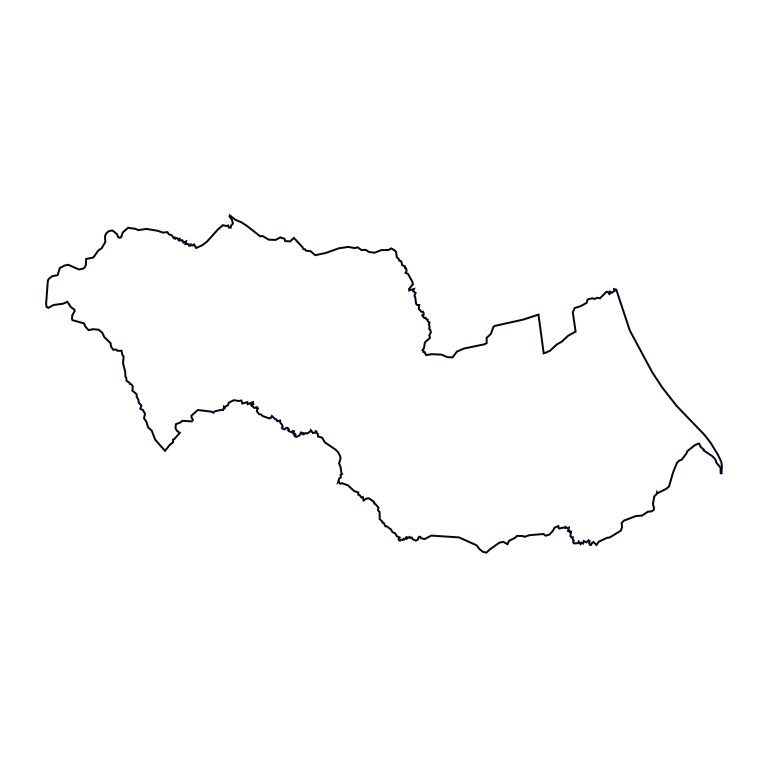 the district of Chaiya, Surat Thani, Thailand
{"feature_id": "78962969B84478768396054", "entity_name": "Chaiya", "entity_type": "district", "adm_level": 2, "iso_a3": "THA", "parent_name": "Thailand", "parent_adm1": "Surat Thani", "projection": "robinson", "projection_center": [99.041, 9.444], "detail": "fine", "context": "isolated", "style": "outline", "palette": "ink", "viewbox_px": 768, "rotation_deg": 0, "n_neighbors": 0, "source": "geoboundaries", "source_scale": "gbopen_adm2", "svg_char_len": 6095}
<svg xmlns="http://www.w3.org/2000/svg" viewBox="0 0 768 768"><path d="M616.3,289.7L614.1,289.1L614.5,290.9L611.9,292.6L610.2,291.8L610.3,293.4L609.4,294.1L607.8,291.8L606.3,291.9L600.0,298.3L597.2,297.8L594.4,299.0L592.3,298.2L587.6,299.5L586.6,302.9L580.6,306.2L574.7,308.0L572.8,312.3L575.6,331.6L568.2,335.7L561.7,341.7L556.6,344.6L550.1,350.7L545.9,352.6L543.7,353.3L538.5,314.6L523.2,319.6L494.8,325.9L493.4,326.9L490.9,333.9L486.7,337.8L486.6,343.2L484.4,344.3L464.1,348.5L456.9,351.6L452.5,357.4L447.2,357.1L441.4,354.6L431.5,354.2L426.1,355.1L424.7,352.2L423.5,352.1L423.6,351.1L422.5,350.4L424.1,347.7L424.7,343.3L425.7,341.6L430.0,337.9L429.3,335.3L430.9,332.3L430.2,329.8L429.2,329.0L429.6,327.1L428.9,324.3L429.6,322.7L427.9,321.3L427.7,319.5L426.4,319.4L425.6,317.8L424.3,318.0L422.4,315.8L422.4,315.1L423.6,314.9L423.6,312.9L422.9,311.7L421.6,311.9L418.8,309.0L419.2,305.0L417.2,305.0L416.1,303.8L415.2,297.1L414.4,295.7L415.6,293.0L413.2,291.2L414.0,289.0L409.2,290.4L409.1,288.9L412.9,284.2L412.3,281.7L408.0,273.9L405.6,272.9L406.6,270.7L406.1,268.4L405.0,268.0L405.1,266.4L402.3,265.3L401.2,261.3L399.2,260.6L399.1,259.5L396.8,257.2L396.1,251.9L394.2,250.0L391.1,248.4L388.6,250.0L381.4,250.1L374.6,252.7L368.9,252.0L365.8,249.9L361.4,250.0L357.6,247.3L354.7,248.1L348.2,246.9L338.9,248.3L325.6,253.0L315.2,255.2L310.4,251.1L306.0,250.7L304.9,249.2L303.4,249.1L302.5,247.2L293.9,237.9L290.2,241.4L285.1,241.1L284.6,238.8L280.3,237.4L275.7,239.9L268.8,239.7L262.6,236.0L260.3,236.4L246.8,225.8L241.0,222.1L235.4,219.8L229.8,215.4L229.5,216.4L231.9,219.6L232.9,223.5L231.0,225.7L230.7,227.6L228.9,227.6L228.1,225.5L226.5,226.0L222.8,225.2L218.0,229.4L207.0,241.6L202.5,245.1L196.2,248.0L194.1,244.5L192.5,245.5L191.0,244.4L190.4,245.7L189.1,245.8L188.8,244.5L187.7,243.9L185.4,244.1L186.1,241.4L183.4,242.6L182.4,240.3L179.5,240.5L179.6,239.0L178.3,239.7L177.9,238.6L176.4,238.0L175.3,238.7L174.7,237.5L173.7,238.1L171.9,235.4L168.9,234.3L167.4,232.1L163.1,232.6L157.3,230.7L146.4,228.9L138.5,230.1L135.2,228.8L128.0,227.8L122.8,232.4L121.1,237.3L119.6,237.7L118.1,237.1L117.1,234.3L113.6,231.3L112.1,230.5L108.7,231.2L106.1,233.5L105.0,236.3L105.3,242.1L101.7,248.2L98.3,250.5L93.4,257.5L86.1,259.0L85.9,264.8L84.7,267.5L82.9,268.7L79.0,269.5L68.3,264.8L64.7,265.5L59.8,268.0L57.7,275.1L52.3,276.2L49.1,278.6L48.0,280.2L47.7,282.7L46.1,303.9L46.6,307.0L48.4,307.8L53.6,305.0L63.0,303.7L67.4,301.8L70.9,307.1L74.5,309.7L74.6,311.1L72.2,315.6L72.0,318.6L72.5,320.2L84.1,323.4L85.2,326.3L88.6,330.2L93.0,329.2L98.6,329.7L102.2,332.6L104.3,337.1L110.6,343.2L111.0,346.6L113.3,349.8L116.0,349.5L117.6,350.8L121.6,350.8L122.3,354.7L123.6,356.5L123.0,363.2L125.2,371.7L125.4,376.7L126.2,377.6L126.6,380.9L129.5,382.7L129.8,383.9L131.7,384.6L132.8,386.5L132.4,390.6L136.6,394.2L136.7,396.7L138.4,399.8L138.8,402.8L141.4,405.5L140.3,408.8L142.9,410.0L145.0,413.8L144.0,418.3L146.2,421.3L148.2,427.5L151.7,430.6L155.2,439.7L165.0,450.8L169.6,445.1L173.1,442.2L173.0,439.6L174.0,439.4L179.8,432.9L177.0,430.8L175.5,428.3L175.9,424.2L180.7,422.3L182.2,420.8L191.7,421.4L192.9,419.9L191.4,417.0L191.5,415.6L197.9,410.0L211.7,411.7L213.2,412.8L214.9,411.3L221.3,409.8L223.2,410.1L224.0,406.8L224.9,407.8L225.4,406.5L227.9,405.2L228.9,402.6L233.9,400.2L238.9,401.0L241.4,400.5L242.3,403.5L247.3,402.2L247.7,404.2L253.0,402.1L253.3,404.3L251.4,404.6L251.2,405.4L254.5,408.0L256.9,407.1L257.7,408.1L256.8,408.3L257.4,409.5L256.9,411.2L259.0,414.2L261.0,414.4L262.6,416.0L268.9,418.3L270.5,418.2L271.9,416.0L275.2,419.2L276.6,419.5L277.2,421.2L280.1,420.6L280.1,422.2L282.5,425.5L282.7,426.7L281.9,427.4L282.4,428.6L284.6,429.4L286.1,428.0L287.6,427.9L288.8,429.3L288.1,430.2L289.0,431.2L291.3,432.1L292.8,432.0L292.8,431.1L294.0,431.3L293.3,433.6L295.1,433.9L295.5,434.6L294.5,435.5L295.0,436.4L296.5,436.8L298.8,435.8L300.1,434.7L300.8,432.5L302.9,433.0L302.5,433.9L303.5,434.4L305.4,433.1L307.2,433.5L310.4,431.4L310.8,430.3L313.0,433.1L315.2,432.5L315.5,431.2L316.5,431.4L316.7,433.2L317.8,433.8L318.0,436.5L322.1,437.7L324.9,442.4L335.4,449.5L338.1,452.2L340.2,456.2L340.5,458.3L339.1,463.7L340.5,466.7L341.4,473.1L342.1,474.0L340.6,474.9L340.8,477.5L339.3,478.4L338.2,482.0L338.8,481.5L338.8,482.4L340.1,483.7L341.8,483.2L347.9,485.3L354.2,491.1L358.2,492.4L358.2,494.6L359.4,494.9L361.5,497.5L362.7,497.0L363.6,500.5L366.1,498.7L368.9,498.3L373.9,501.8L374.3,503.6L375.0,503.6L378.4,507.6L378.0,510.3L379.6,512.1L379.7,519.1L382.0,521.2L382.3,522.5L383.6,522.7L385.4,526.3L386.5,526.2L390.9,529.4L392.5,532.1L395.2,533.4L397.0,536.4L399.6,537.4L398.6,539.1L399.2,540.4L400.0,540.7L401.2,539.6L402.6,540.0L403.5,539.0L404.3,539.5L406.5,537.1L407.3,537.4L407.2,538.4L409.6,536.9L410.4,538.0L411.9,537.6L412.6,539.1L415.9,540.7L418.2,539.3L418.2,537.9L419.4,536.7L420.5,537.0L421.1,538.2L424.5,539.1L431.3,535.6L459.0,537.4L476.6,545.3L479.5,549.2L483.2,551.9L486.5,552.6L489.7,549.5L499.5,542.6L503.4,541.9L507.5,544.2L509.0,540.9L515.4,537.6L517.0,535.9L522.9,536.0L524.3,536.9L529.3,535.2L543.5,534.0L545.6,535.7L549.4,534.6L552.9,530.8L554.5,527.7L558.3,526.1L558.7,528.2L559.4,528.5L563.6,527.5L565.4,528.0L565.6,527.0L567.6,528.3L568.8,527.7L568.1,530.9L569.5,530.8L569.6,532.0L571.0,531.8L570.4,536.0L571.5,537.5L572.8,537.3L572.8,539.7L573.8,540.7L573.2,542.3L573.9,543.4L578.0,543.2L578.7,541.6L580.6,544.1L581.5,542.7L583.2,543.5L583.8,541.0L586.5,542.4L588.6,540.3L589.6,541.0L589.2,543.3L590.0,544.9L591.0,545.0L592.0,543.0L593.5,542.0L596.5,545.0L598.8,541.7L606.8,537.9L609.9,537.4L620.9,530.6L622.1,527.2L621.6,523.1L624.0,520.6L636.0,516.0L642.0,515.6L647.9,511.7L651.0,511.5L653.5,510.2L654.1,508.4L652.9,503.8L654.3,496.4L656.6,494.1L657.0,492.6L657.3,493.3L666.5,488.7L669.1,486.3L673.0,472.6L676.9,463.0L679.2,460.6L681.8,459.6L686.8,452.9L687.1,451.4L694.5,445.4L698.1,443.7L699.1,443.6L700.7,447.0L703.8,449.6L703.6,450.4L712.5,456.3L715.2,459.2L716.5,462.8L720.5,467.7L720.7,473.2L721.5,473.3L721.9,466.3L721.3,461.9L718.0,454.9L710.7,442.9L704.5,434.9L676.6,405.9L662.4,387.7L652.3,372.4L629.8,330.5L616.3,289.7Z" fill="none" stroke="#020617" stroke-width="2"/></svg>